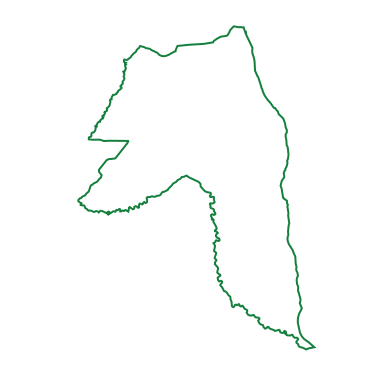 outline of Lisala, Équateur, Democratic Republic of the Congo, rotated 267°
{"feature_id": "63176286B55618881730154", "entity_name": "Lisala", "entity_type": "district", "adm_level": 2, "iso_a3": "COD", "parent_name": "Democratic Republic of the Congo", "parent_adm1": "Équateur", "projection": "orthographic", "projection_center": [20.812, 2.549], "detail": "fine", "context": "isolated", "style": "outline", "palette": "green", "viewbox_px": 384, "rotation_deg": 267, "n_neighbors": 0, "source": "geoboundaries", "source_scale": "gbopen_adm2", "svg_char_len": 6009}
<svg xmlns="http://www.w3.org/2000/svg" viewBox="0 0 384 384"><g transform="rotate(267 192 192)"><path d="M353.8,252.1L353.6,251.1L354.1,249.6L354.1,247.1L355.2,242.8L355.1,242.2L351.6,238.5L349.5,237.6L346.5,235.5L346.0,234.0L345.7,229.3L344.3,226.0L341.8,221.8L340.3,220.8L339.3,211.4L339.2,197.4L338.6,185.2L335.2,183.4L333.3,182.9L333.3,182.1L330.2,175.9L329.2,172.7L329.1,170.8L329.4,169.0L330.5,166.7L332.9,164.5L336.0,158.7L337.2,157.5L338.1,153.5L339.2,151.8L340.5,147.8L338.7,146.7L338.0,145.5L336.4,144.0L335.2,143.5L333.0,140.6L330.9,138.5L330.1,138.2L327.5,134.5L327.3,133.8L327.8,131.3L326.7,130.8L325.6,130.9L324.9,131.6L324.5,132.7L323.6,131.8L322.7,131.9L322.6,132.6L321.4,131.7L318.8,132.5L318.2,131.9L316.7,131.5L315.8,129.7L315.4,129.9L315.0,130.6L314.1,130.1L313.0,130.7L310.8,129.7L309.3,130.5L307.8,130.1L305.8,128.4L303.8,128.6L302.6,127.1L302.0,126.9L301.5,126.1L300.9,126.1L300.5,126.9L299.9,127.1L299.1,126.9L296.8,123.5L295.8,123.3L294.5,121.7L293.9,121.7L293.1,119.6L293.1,118.2L290.5,116.6L288.8,116.6L288.6,115.2L287.7,114.8L286.5,115.3L282.4,114.1L280.8,112.4L280.2,111.3L279.7,111.2L279.0,111.6L277.2,111.0L276.7,109.1L276.1,108.8L275.8,109.2L274.6,109.1L273.6,107.9L272.7,107.9L272.7,106.8L272.1,107.0L271.6,106.5L270.9,107.2L270.3,107.2L269.5,105.4L267.9,103.8L267.0,103.9L266.9,102.4L265.4,101.0L263.7,100.4L263.1,99.0L262.5,98.9L262.1,100.0L261.5,99.3L258.5,98.6L256.7,97.1L256.7,96.0L256.2,95.0L254.4,94.4L253.5,94.5L252.6,94.0L251.9,91.9L250.0,91.7L249.4,95.4L249.1,102.7L247.5,106.7L247.5,112.2L246.4,130.0L246.3,130.9L245.9,131.0L243.7,129.6L229.7,117.3L229.4,116.1L229.2,111.1L228.7,109.1L227.7,107.9L219.0,100.2L216.8,100.3L213.7,102.6L211.0,101.7L210.0,100.2L207.2,97.8L205.6,94.1L204.6,93.1L204.1,91.8L203.4,91.1L197.9,88.9L196.0,86.5L194.2,85.1L193.1,82.2L191.7,80.9L191.7,80.1L190.7,78.7L189.7,78.0L188.8,78.0L187.5,79.3L186.8,80.8L186.2,81.1L185.2,80.1L184.8,80.1L184.4,81.5L184.2,83.5L183.8,83.9L181.6,84.5L180.5,86.1L178.8,87.6L178.7,90.2L177.4,92.5L177.2,93.6L178.0,95.2L177.3,97.3L176.5,97.8L178.0,99.5L177.8,101.1L175.5,105.3L176.8,107.4L176.4,108.3L175.9,108.3L174.7,106.8L174.1,106.7L173.8,107.2L176.9,112.5L176.3,114.3L176.5,114.7L177.5,115.0L178.0,115.6L177.8,116.5L178.1,117.5L178.9,118.6L178.7,119.1L178.1,119.4L176.4,119.3L176.3,120.2L177.1,121.4L176.6,123.1L177.3,123.9L177.4,124.8L175.8,127.4L179.7,128.3L180.2,129.0L178.0,131.8L178.0,132.8L179.2,133.6L180.3,133.7L180.8,134.8L180.5,136.0L179.3,136.9L179.0,137.5L179.4,138.3L181.9,138.4L182.8,138.8L183.2,139.5L182.2,141.6L182.6,142.3L183.8,142.7L184.5,143.8L183.5,144.7L183.4,145.3L184.2,146.5L186.4,146.8L187.6,146.4L188.6,146.5L189.3,147.3L189.1,149.7L189.8,151.6L189.2,154.2L189.3,155.3L190.1,157.0L190.1,158.8L190.5,160.0L193.0,162.0L193.7,162.8L193.5,163.5L194.3,165.8L195.0,166.9L195.1,167.7L196.6,168.7L199.2,171.7L201.5,173.7L203.0,176.8L204.7,178.4L205.4,180.2L206.4,181.7L207.5,182.6L207.6,184.6L208.7,187.3L206.6,190.1L201.8,199.1L199.7,200.9L197.1,200.9L196.6,201.3L192.8,204.3L191.7,205.6L190.9,207.6L190.4,210.1L190.0,210.6L188.8,210.8L187.1,209.6L186.2,210.0L185.9,210.4L186.2,211.9L186.0,213.2L185.5,213.7L183.9,213.4L180.6,214.0L179.9,213.2L179.4,211.9L179.8,209.9L179.1,209.2L177.1,209.8L175.5,209.6L175.0,209.9L174.0,212.4L173.3,212.9L171.8,212.9L169.5,214.2L168.6,214.1L167.9,212.8L168.7,211.3L168.6,210.6L167.8,209.7L166.7,209.8L165.4,210.5L163.5,210.4L163.2,210.8L163.6,211.7L163.2,212.1L160.9,211.8L158.1,213.4L155.2,214.6L153.8,214.6L152.5,212.9L151.7,212.9L151.7,213.5L151.0,214.6L149.8,215.6L148.4,214.0L147.7,213.7L146.5,213.6L145.0,214.8L144.2,216.6L142.6,217.1L142.0,216.6L141.7,215.7L142.5,213.7L142.3,213.2L140.7,212.6L139.8,210.8L137.4,212.1L136.0,212.0L132.0,210.9L130.1,212.9L129.0,212.8L125.6,211.3L124.5,211.3L123.1,212.6L122.5,212.8L120.5,211.3L118.7,211.1L115.2,213.9L114.2,214.0L110.5,213.0L109.7,213.4L107.7,215.9L107.0,215.9L105.6,213.7L105.0,213.1L102.5,213.5L101.3,214.4L101.8,216.4L101.0,217.4L100.0,217.3L98.2,215.6L97.2,215.4L95.3,217.1L91.4,218.8L90.9,220.3L89.9,221.4L87.0,223.0L85.7,224.5L85.1,224.8L82.4,224.9L80.8,225.7L76.0,225.9L75.2,226.6L74.9,227.3L75.2,228.0L77.0,229.1L77.2,229.9L76.6,231.4L77.6,232.8L77.2,233.4L75.9,233.7L75.4,234.2L75.1,235.1L75.8,236.2L75.7,236.7L72.7,238.4L71.1,240.9L70.5,241.0L68.6,240.3L66.6,241.5L66.1,242.1L65.4,244.9L66.0,246.6L65.9,247.2L63.6,248.8L62.9,252.1L62.4,252.6L61.7,252.7L60.0,251.3L58.5,251.9L57.0,252.7L56.3,253.6L55.2,256.0L53.3,256.4L51.7,257.9L52.3,259.4L53.1,259.9L53.3,260.8L53.1,261.5L52.0,262.1L51.3,263.0L49.9,266.4L48.9,267.6L49.8,271.8L49.3,272.4L48.1,272.5L47.1,273.1L46.5,274.9L46.7,275.8L47.1,276.3L48.3,277.0L48.1,277.8L47.7,278.3L46.0,278.6L46.0,277.4L44.2,279.1L43.7,280.4L43.6,282.8L44.2,284.1L44.1,284.8L42.1,285.8L41.1,286.9L41.0,289.2L39.9,290.3L39.3,290.2L37.1,288.4L36.0,288.4L34.5,290.0L32.4,290.6L31.6,291.6L30.5,294.9L28.8,297.8L29.7,300.1L30.6,306.0L35.6,300.9L39.1,296.5L41.8,294.3L45.6,292.5L56.1,290.8L60.6,291.2L64.6,292.5L70.0,295.6L75.5,293.8L77.6,294.6L79.5,294.7L86.4,293.2L87.6,292.7L91.6,293.1L94.8,292.1L98.2,291.9L100.5,292.2L102.7,293.4L105.9,293.1L107.6,292.3L109.0,292.0L111.9,292.4L115.1,291.8L122.0,291.8L127.0,289.9L128.3,289.7L134.8,286.0L137.9,285.1L140.6,284.8L144.3,286.0L147.3,285.8L153.2,286.7L155.5,287.5L163.5,286.8L165.8,287.2L172.8,286.5L174.1,287.1L175.5,286.4L178.4,286.3L180.7,283.2L181.4,283.1L181.5,282.7L191.0,281.6L193.6,280.8L198.4,282.2L202.1,285.0L205.9,284.6L208.2,285.4L208.8,286.3L210.4,286.5L211.8,287.5L215.6,288.8L218.3,288.7L220.0,289.5L223.9,290.3L229.4,290.1L232.0,289.8L233.8,289.0L239.7,288.9L242.3,288.4L244.4,288.5L246.9,289.9L249.3,289.9L251.3,289.0L255.7,288.5L260.6,287.0L265.2,282.7L268.2,281.8L269.7,280.4L271.3,279.6L271.8,278.1L277.0,274.9L279.7,272.6L284.5,269.6L288.9,267.9L290.5,267.7L292.4,266.8L294.0,266.6L303.6,264.0L304.3,263.4L309.9,261.3L319.2,261.3L322.1,261.0L327.4,259.6L329.7,259.5L332.9,259.9L346.1,254.4L348.6,254.2L348.2,253.7L353.8,252.1Z" fill="none" stroke="#15803d" stroke-width="2"/></g></svg>